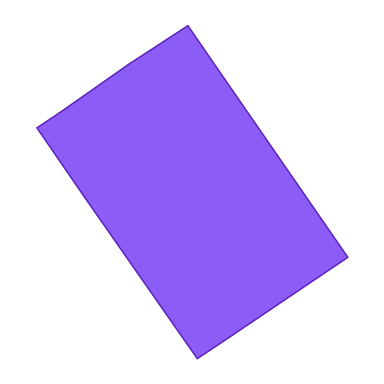 Tipton, Indiana, United States of America (Equal Earth projection), rotated 236°
{"feature_id": "52423323B43901901323183", "entity_name": "Tipton", "entity_type": "district", "adm_level": 2, "iso_a3": "USA", "parent_name": "United States of America", "parent_adm1": "Indiana", "projection": "equal_earth", "projection_center": [-86.011, 40.311], "detail": "fine", "context": "isolated", "style": "filled", "palette": "violet", "viewbox_px": 384, "rotation_deg": 236, "n_neighbors": 0, "source": "geoboundaries", "source_scale": "gbopen_adm2", "svg_char_len": 311}
<svg xmlns="http://www.w3.org/2000/svg" viewBox="0 0 384 384"><g transform="rotate(236 192 192)"><path d="M332.2,281.6L333.3,211.3L331.8,127.0L331.9,99.3L248.2,100.0L185.4,101.0L136.3,101.8L50.9,103.2L50.7,131.6L50.7,284.7L277.8,282.1L332.2,281.6Z" fill="#8b5cf6" stroke="#5b21b6" stroke-width="1.5"/></g></svg>